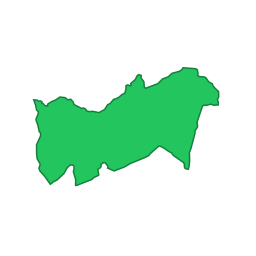 the district of Santa Rosa, Canelones, Uruguay, rotated 339°
{"feature_id": "84410073B29555831228815", "entity_name": "Santa Rosa", "entity_type": "district", "adm_level": 2, "iso_a3": "URY", "parent_name": "Uruguay", "parent_adm1": "Canelones", "projection": "albers", "projection_center": [-56.067, -34.521], "detail": "medium", "context": "isolated", "style": "filled", "palette": "green", "viewbox_px": 256, "rotation_deg": 339, "n_neighbors": 0, "source": "geoboundaries", "source_scale": "gbopen_adm2", "svg_char_len": 1836}
<svg xmlns="http://www.w3.org/2000/svg" viewBox="0 0 256 256"><g transform="rotate(339 128 128)"><path d="M225.6,126.5L223.1,121.1L222.5,119.0L222.5,116.9L219.9,113.8L218.7,109.1L217.6,107.7L213.2,105.6L211.8,104.2L212.9,102.1L213.6,98.5L212.6,97.0L201.0,91.5L199.4,92.7L196.5,93.5L188.6,92.7L184.0,94.6L177.8,94.6L171.7,97.3L158.6,97.2L157.9,95.6L159.4,90.5L158.1,85.7L159.2,83.7L157.1,81.9L155.1,82.6L152.3,85.3L146.4,87.5L146.4,89.0L145.5,89.5L143.0,87.6L141.3,87.8L140.0,90.9L137.6,94.3L134.0,94.7L130.6,96.0L127.6,96.4L124.9,96.1L120.0,98.8L117.4,98.9L112.7,102.4L106.3,103.2L100.9,99.7L98.1,99.0L95.7,97.4L95.2,95.0L93.6,93.4L91.7,93.1L86.1,86.9L86.1,83.7L84.8,80.6L81.8,80.1L80.3,77.2L75.6,74.7L69.8,76.0L66.8,75.9L62.0,76.8L61.2,77.5L61.0,78.6L60.4,78.6L58.0,76.8L57.7,75.1L56.5,73.9L57.1,72.9L56.1,71.4L54.1,70.9L53.2,69.4L50.1,67.9L49.9,73.7L49.1,78.4L50.1,80.7L49.2,82.6L45.4,86.6L44.9,88.5L44.9,92.5L43.8,99.8L44.6,100.9L44.2,102.5L43.3,104.3L36.6,110.9L33.5,119.1L32.2,124.1L33.1,130.4L30.4,133.6L30.4,136.6L32.8,142.9L35.3,152.7L39.2,151.5L43.2,151.1L52.0,147.5L56.9,143.4L60.2,142.0L62.3,142.2L63.6,143.5L63.7,144.7L63.4,146.0L61.3,149.3L60.7,157.3L58.5,162.8L59.6,163.2L76.1,163.1L77.9,162.1L83.6,161.6L84.1,160.6L84.9,155.9L88.1,155.1L89.3,153.9L89.7,152.2L93.0,151.6L94.2,152.3L95.4,156.1L95.4,157.3L94.6,158.1L99.6,163.1L110.8,163.1L117.2,162.0L134.0,161.6L137.7,161.1L139.1,160.1L150.3,155.9L151.6,156.6L154.3,159.6L157.7,164.6L159.5,166.4L160.5,169.8L167.4,180.1L167.7,181.6L166.7,184.6L166.8,186.1L167.4,186.9L169.6,188.1L172.0,184.5L174.3,179.4L176.5,173.0L179.5,169.6L188.5,157.1L189.6,154.6L193.0,152.2L193.7,151.0L194.6,147.3L205.4,134.2L207.0,134.0L209.3,134.9L213.7,135.4L216.1,137.4L220.5,138.8L221.5,136.5L221.7,133.4L223.8,131.5L225.6,126.5Z" fill="#22c55e" stroke="#15803d" stroke-width="1.5"/></g></svg>